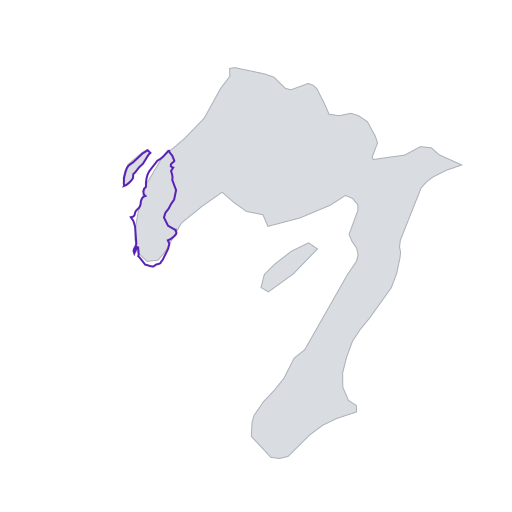 location of Nord-Ouest within Haiti, rotated 293°
{"feature_id": "HTI-1361", "entity_name": "Nord-Ouest", "entity_type": "Department", "adm_level": 1, "iso_a3": "HTI", "parent_name": "Haiti", "parent_adm1": "", "projection": "natural_earth1", "projection_center": [-72.992, 19.852], "detail": "fine", "context": "in_parent", "style": "outline", "palette": "violet", "viewbox_px": 512, "rotation_deg": 293, "n_neighbors": 0, "source": "natural_earth", "source_scale": "10m", "svg_char_len": 2891}
<svg xmlns="http://www.w3.org/2000/svg" viewBox="0 0 512 512"><g transform="rotate(293 256 256)"><path d="M418.3,158.4L421.1,162.9L427.0,193.1L427.6,202.8L421.8,217.4L422.6,223.2L435.2,236.6L435.5,241.5L434.0,246.4L423.2,259.2L415.0,267.9L417.7,277.9L424.4,287.5L425.2,295.4L423.2,306.0L412.9,319.0L407.6,323.7L392.3,324.3L390.6,326.2L398.3,338.9L406.9,353.4L420.9,364.6L424.1,375.1L420.7,385.1L420.2,409.8L409.4,397.8L397.6,387.8L390.5,383.9L383.2,381.4L326.9,382.7L320.6,384.5L315.7,387.7L310.4,389.3L295.0,392.3L279.6,392.9L243.6,384.9L229.4,380.7L215.1,378.1L198.6,378.9L182.3,381.4L169.1,387.2L159.3,397.4L157.5,406.9L151.7,409.4L138.4,394.2L126.3,383.5L112.4,375.4L84.0,363.8L78.8,356.8L76.5,348.3L88.1,322.2L101.2,317.4L108.3,316.5L124.5,319.7L140.2,325.6L154.6,329.5L176.9,331.0L188.9,337.5L274.4,347.4L290.6,350.6L297.0,349.5L302.5,345.6L307.1,338.5L312.3,333.2L337.7,332.0L343.0,329.7L346.7,322.3L346.6,314.6L331.7,304.4L308.4,281.8L287.9,255.3L296.7,246.3L293.3,229.9L296.6,214.8L301.5,199.9L281.2,187.2L257.3,174.5L224.0,170.6L213.8,167.4L208.5,157.9L213.3,145.1L224.1,138.0L236.4,133.7L249.0,130.6L279.5,127.0L309.8,131.1L336.0,144.2L362.6,154.5L396.2,157.9L411.3,161.7L418.3,158.4ZM288.7,299.3L286.5,309.8L254.1,297.3L227.8,281.4L228.9,272.9L242.3,270.9L255.2,276.1L274.2,286.7L288.7,299.3ZM306.4,110.6L311.5,114.1L309.6,118.4L296.8,115.7L283.6,110.9L279.3,112.1L276.7,111.5L268.9,106.9L275.7,103.4L282.7,102.2L290.4,102.5L306.4,110.6Z" fill="#d9dde1" stroke="#a8b0b8" stroke-width="1"/><path d="M248.7,171.8L247.8,172.1L247.3,172.8L246.4,173.6L245.1,173.9L243.2,173.4L240.4,172.1L237.7,170.4L236.0,168.7L233.4,171.5L228.0,172.3L215.9,171.6L213.5,170.9L212.1,170.8L211.2,170.1L209.0,167.3L207.8,166.7L206.0,165.3L205.3,162.3L205.1,159.2L204.7,157.5L209.2,149.3L209.9,147.6L211.2,147.6L217.8,144.2L217.8,143.0L210.8,143.0L212.8,141.3L215.2,141.0L217.8,141.3L220.4,141.1L235.8,133.2L240.3,129.5L242.8,125.6L244.3,127.6L245.8,128.2L249.4,127.7L251.2,128.0L254.5,129.4L256.3,129.7L257.8,129.6L258.6,129.5L261.2,128.7L263.0,128.5L265.0,128.6L266.7,129.4L268.1,130.8L269.0,128.5L271.4,127.0L274.3,126.7L276.7,127.7L280.1,126.2L284.1,125.0L288.3,124.4L292.3,124.6L305.2,128.0L308.3,130.2L311.0,131.6L318.5,134.2L318.9,134.9L317.9,135.7L316.6,137.8L315.8,139.6L314.8,140.5L313.4,142.0L311.7,143.6L310.4,143.4L309.1,142.5L307.1,141.9L305.3,142.5L304.9,144.3L305.0,145.2L301.1,144.6L298.0,147.1L295.9,148.4L293.3,149.2L285.4,156.7L275.9,158.6L270.7,157.5L265.5,157.1L260.4,155.7L255.5,156.2L249.5,163.2L248.5,171.4L248.7,171.8ZM282.8,103.0L286.5,102.8L288.9,103.2L291.1,104.3L294.0,106.2L305.9,111.4L311.0,115.0L309.6,118.5L307.5,117.5L296.8,115.9L291.9,113.7L285.7,112.1L283.6,111.1L282.2,111.4L280.7,112.0L279.3,112.3L276.7,111.7L273.6,110.5L270.7,108.9L268.9,107.1L269.5,107.1L269.9,106.9L270.6,106.2L276.4,104.0L282.8,103.0Z" fill="none" stroke="#5b21b6" stroke-width="2"/></g></svg>